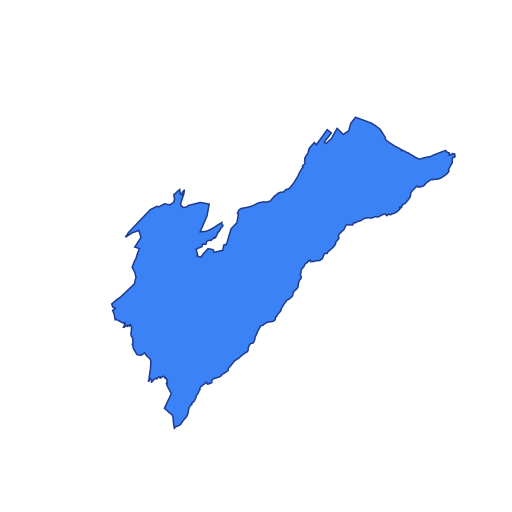 Rubas pag., Saldus, Latvia (Robinson projection), rotated 301°
{"feature_id": "27541924B9858590897676", "entity_name": "Rubas pag.", "entity_type": "district", "adm_level": 2, "iso_a3": "LVA", "parent_name": "Latvia", "parent_adm1": "Saldus", "projection": "robinson", "projection_center": [22.561, 56.414], "detail": "fine", "context": "isolated", "style": "filled", "palette": "blue", "viewbox_px": 512, "rotation_deg": 301, "n_neighbors": 0, "source": "geoboundaries", "source_scale": "gbopen_adm2", "svg_char_len": 6104}
<svg xmlns="http://www.w3.org/2000/svg" viewBox="0 0 512 512"><g transform="rotate(301 256 256)"><path d="M205.4,134.5L205.5,134.8L206.2,135.2L207.2,135.5L212.0,137.9L216.2,141.4L217.6,142.3L212.8,147.8L201.2,147.5L202.3,152.2L195.9,153.3L195.8,153.6L194.3,153.9L190.7,154.5L189.1,154.4L182.5,155.7L179.0,161.4L177.5,162.4L176.3,163.9L169.5,166.1L150.9,161.0L147.6,159.4L140.6,157.0L138.5,159.4L138.7,162.4L135.5,161.1L133.1,164.4L128.8,168.1L129.6,168.6L130.1,176.8L131.5,178.3L126.7,179.1L127.1,179.7L128.5,179.6L128.5,180.5L129.6,180.4L129.5,181.1L130.3,181.4L130.2,181.7L129.8,182.1L130.7,182.4L131.4,182.9L131.0,183.3L132.0,183.3L132.5,183.6L132.5,183.9L131.4,184.1L131.6,184.9L130.8,186.2L129.7,186.5L128.6,187.3L124.8,188.9L123.5,190.0L123.1,190.3L122.8,191.4L122.3,192.2L120.3,193.9L118.8,194.7L118.2,195.4L117.3,195.3L116.3,195.6L116.2,196.2L113.7,198.4L110.2,204.7L111.7,208.7L115.6,210.3L114.2,213.3L113.3,217.9L112.1,219.6L111.1,220.4L104.8,223.7L97.5,226.6L96.0,227.5L93.4,228.2L93.5,228.6L93.8,228.8L95.8,228.3L96.4,228.4L96.6,228.7L96.0,229.8L95.6,230.9L94.3,231.0L94.0,231.2L94.1,231.4L95.2,231.8L97.9,232.2L99.3,232.9L99.6,233.2L99.4,234.1L99.6,234.3L101.7,234.6L102.8,235.6L103.0,235.9L102.0,236.5L102.1,236.9L102.8,237.4L105.1,238.2L105.2,240.0L104.6,240.5L105.2,241.0L104.7,241.4L104.8,242.3L104.1,242.8L104.0,243.9L102.5,244.2L101.2,245.7L100.8,245.5L100.5,244.9L98.6,247.2L94.4,254.3L78.3,255.9L77.7,259.5L77.2,261.3L76.7,266.0L74.6,268.4L72.9,269.3L66.3,274.7L68.6,275.3L70.3,276.8L72.9,278.2L76.5,278.2L82.4,279.2L84.5,279.1L85.6,278.7L86.4,278.7L89.7,277.3L93.5,276.6L95.8,277.5L96.9,276.8L97.4,276.7L98.4,277.5L99.4,277.7L103.5,277.5L104.3,277.1L105.1,276.9L109.4,277.0L110.6,276.6L112.2,276.8L113.1,276.6L113.6,276.0L114.1,275.9L115.6,276.0L120.2,277.8L122.0,278.2L122.3,278.7L121.1,280.0L121.2,280.5L122.2,281.5L124.3,283.1L124.9,283.3L125.8,282.7L127.0,282.2L128.1,282.5L129.8,283.4L129.9,283.8L133.7,287.0L135.3,287.8L137.4,287.9L138.9,289.1L143.5,291.1L145.2,290.2L155.3,291.7L155.7,292.0L159.9,294.0L162.4,294.6L167.5,296.7L168.8,297.6L170.4,297.9L171.0,297.8L173.5,296.6L176.9,296.2L178.7,296.9L179.7,298.2L181.1,298.4L183.7,298.0L186.1,296.9L187.8,296.9L192.6,296.2L198.2,296.1L198.9,296.2L200.0,297.6L201.5,298.0L204.4,299.4L205.2,300.0L208.5,304.0L209.4,304.6L210.8,305.2L211.6,305.2L213.7,304.3L214.9,304.8L216.9,304.6L221.7,305.5L224.0,304.9L225.8,304.7L230.8,304.9L234.4,305.3L236.0,306.6L240.0,307.8L240.8,307.8L243.9,306.8L246.0,306.9L247.3,307.5L250.3,308.0L251.3,307.9L253.3,306.9L256.8,305.8L258.9,305.9L259.6,306.2L260.7,305.9L261.8,305.2L263.2,303.4L265.3,303.0L266.5,302.1L269.2,302.0L271.8,302.5L274.7,302.2L275.5,302.7L276.7,303.1L277.1,303.4L279.0,303.6L280.3,304.1L280.3,304.8L279.4,305.2L279.1,305.7L279.9,306.3L280.4,307.0L280.7,308.1L282.1,309.1L282.7,310.0L283.7,310.8L284.4,312.4L285.2,313.1L286.5,313.5L287.7,314.3L292.9,313.4L293.9,313.9L294.4,315.3L294.7,315.6L296.6,315.5L302.7,317.5L306.9,318.1L308.7,317.3L313.7,318.0L314.5,317.6L315.3,316.4L316.6,316.1L318.1,316.1L323.9,317.7L325.2,317.7L327.0,317.3L329.4,317.7L330.1,318.3L330.3,319.6L331.4,320.9L332.2,322.7L332.9,322.9L334.7,322.6L335.3,323.3L335.6,324.1L337.1,324.7L340.5,327.8L342.5,328.6L344.3,329.8L346.6,332.5L347.6,334.7L348.1,335.6L351.3,338.1L351.8,339.3L351.8,339.7L352.4,340.7L356.1,342.8L358.2,344.5L358.6,345.9L358.0,346.6L358.0,347.5L360.1,347.9L360.4,349.6L360.7,350.1L362.2,351.0L364.0,352.7L367.6,354.5L370.3,355.1L371.2,354.1L371.8,354.0L372.1,354.2L371.7,355.2L372.1,355.6L372.7,355.7L374.6,355.3L376.0,355.4L377.8,356.7L382.2,357.5L386.2,357.7L387.8,357.2L389.7,356.1L392.7,356.5L398.6,357.8L398.9,358.0L399.0,358.7L398.5,359.2L399.5,360.6L399.6,361.3L400.9,362.0L402.0,363.3L403.2,363.8L406.5,364.3L411.0,366.4L412.3,367.4L412.7,368.6L413.7,369.5L415.6,372.3L417.3,373.8L420.9,375.8L425.4,377.5L427.9,377.7L428.6,377.5L428.9,376.7L429.7,376.4L437.2,376.2L437.9,375.6L441.0,374.1L442.1,374.3L442.9,375.3L443.9,375.3L444.3,375.1L445.0,374.1L445.7,373.8L445.5,373.5L445.7,373.3L445.5,373.0L445.1,372.9L444.9,372.1L444.5,371.8L444.7,371.6L443.5,371.1L443.6,370.8L441.9,369.5L442.1,369.2L443.9,368.4L443.4,366.8L444.1,364.1L434.7,356.7L431.0,354.2L428.6,351.4L423.0,346.0L422.7,341.1L422.8,336.4L422.6,334.9L422.8,333.4L422.6,333.4L422.1,326.7L422.1,326.4L421.4,326.5L422.1,324.7L421.7,318.1L421.8,314.1L422.2,307.9L423.2,306.6L423.2,306.4L424.3,305.5L427.7,298.9L428.6,296.8L429.2,291.3L429.3,286.6L426.2,269.8L418.3,268.9L411.3,271.0L405.3,268.3L405.3,267.6L407.2,259.8L395.0,260.1L388.4,258.0L388.7,255.9L400.3,257.2L401.0,252.0L382.4,250.4L383.3,247.6L377.0,246.3L374.9,246.3L370.8,247.6L367.9,247.2L366.3,247.6L365.5,247.3L362.3,248.8L360.8,250.4L358.7,249.8L356.7,249.6L356.0,250.6L354.6,250.3L350.1,250.3L345.9,250.8L338.2,250.8L333.8,250.1L333.1,250.2L330.3,249.3L328.5,247.5L324.8,246.4L323.1,244.0L320.9,242.4L318.5,241.9L317.5,241.1L310.3,239.8L307.3,236.9L306.8,235.3L304.7,232.7L302.4,230.4L297.5,227.4L294.0,224.3L289.0,218.7L286.5,217.6L282.9,218.2L282.9,219.3L274.7,222.5L266.4,220.6L250.5,224.8L250.0,224.4L250.2,223.9L250.0,223.6L249.5,223.4L248.8,222.7L243.8,224.5L243.3,224.2L243.1,224.1L243.3,224.0L240.4,221.0L237.6,218.3L238.2,217.7L239.3,215.9L237.6,211.1L230.8,209.7L227.8,209.4L227.3,209.9L225.8,207.4L225.7,205.4L226.7,205.7L231.0,201.1L236.3,204.9L238.5,204.0L240.3,207.0L243.2,206.2L244.1,206.9L245.3,207.6L246.2,209.5L250.4,210.6L250.0,211.4L251.3,211.8L255.3,211.5L256.2,211.1L257.0,211.3L258.1,211.9L258.8,211.4L260.6,211.9L260.9,211.7L261.2,211.3L263.9,212.1L264.7,212.1L265.3,211.8L265.2,211.2L265.9,210.1L267.1,209.5L263.0,207.3L257.6,204.7L252.4,201.4L250.6,199.4L248.0,195.7L265.0,193.4L276.4,189.2L273.3,180.8L264.4,171.9L262.1,171.2L261.5,170.5L260.0,168.2L261.1,164.9L264.7,163.8L272.3,162.1L276.0,160.5L273.9,160.4L272.9,160.0L272.1,160.2L271.7,161.1L270.5,161.3L270.2,161.0L270.9,160.4L270.3,160.3L270.2,159.3L273.7,156.3L266.1,154.0L262.7,157.0L259.7,157.7L255.5,155.9L253.6,150.7L248.1,147.4L247.6,145.5L241.3,141.5L209.9,134.5L208.4,134.7L206.0,134.3L205.4,134.5Z" fill="#3b82f6" stroke="#1e3a8a" stroke-width="1.5"/></g></svg>